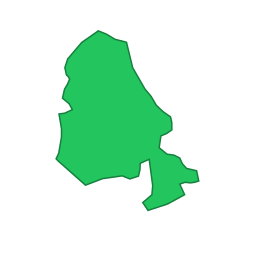 SVG path tracing the border of Nisporeni, rotated 33°
{"feature_id": "MDA-1642", "entity_name": "Nisporeni", "entity_type": "District", "adm_level": 1, "iso_a3": "MDA", "parent_name": "Moldova", "parent_adm1": "", "projection": "robinson", "projection_center": [28.24, 47.078], "detail": "fine", "context": "isolated", "style": "filled", "palette": "green", "viewbox_px": 256, "rotation_deg": 33, "n_neighbors": 0, "source": "natural_earth", "source_scale": "10m", "svg_char_len": 842}
<svg xmlns="http://www.w3.org/2000/svg" viewBox="0 0 256 256"><g transform="rotate(33 128 128)"><path d="M84.5,193.0L83.6,186.8L77.2,171.9L72.7,164.9L62.5,153.8L66.9,150.0L71.3,142.9L65.4,139.7L56.8,138.7L53.6,129.9L53.4,124.3L52.4,118.8L49.9,117.5L47.3,116.9L42.2,111.8L39.8,102.8L42.6,81.4L50.2,62.7L59.1,61.0L68.8,60.7L80.0,56.9L99.1,74.9L121.0,86.1L130.2,88.9L139.3,93.5L148.4,95.2L157.6,95.5L161.8,99.6L165.8,105.7L163.4,111.6L159.9,116.7L164.9,127.6L175.0,128.7L181.3,125.7L187.8,125.0L193.1,128.4L199.1,130.0L208.8,126.5L216.2,133.9L213.5,137.2L210.3,140.0L205.4,142.5L202.0,146.9L211.8,153.1L202.7,170.0L189.7,186.2L181.0,182.5L184.4,171.0L180.1,162.9L162.8,142.7L157.5,151.0L160.8,156.6L163.0,162.7L157.3,169.7L149.2,171.3L134.3,184.3L123.5,199.1L87.5,193.7L84.5,193.0Z" fill="#22c55e" stroke="#15803d" stroke-width="1.5"/></g></svg>